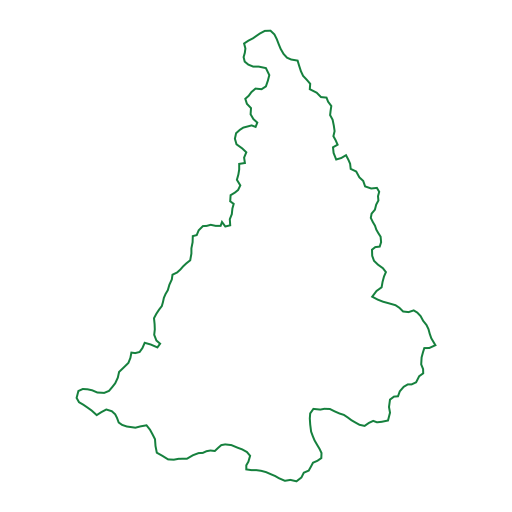 outline of Alpinópolis, Minas Gerais, Brazil
{"feature_id": "56859067B92353622671718", "entity_name": "Alpinópolis", "entity_type": "district", "adm_level": 2, "iso_a3": "BRA", "parent_name": "Brazil", "parent_adm1": "Minas Gerais", "projection": "albers", "projection_center": [-46.38, -20.827], "detail": "fine", "context": "isolated", "style": "outline", "palette": "green", "viewbox_px": 512, "rotation_deg": 0, "n_neighbors": 0, "source": "geoboundaries", "source_scale": "gbopen_adm2", "svg_char_len": 3663}
<svg xmlns="http://www.w3.org/2000/svg" viewBox="0 0 512 512"><path d="M297.6,60.6L291.1,59.5L287.0,57.7L283.6,54.0L280.6,48.8L278.6,43.9L276.8,39.2L274.4,34.4L270.5,30.7L264.8,30.9L259.9,33.5L256.4,35.9L253.0,38.3L248.5,40.6L244.1,43.5L245.4,48.5L244.8,52.9L243.6,57.1L244.7,61.6L248.3,64.6L253.2,66.6L258.7,66.6L265.9,68.1L269.3,75.1L267.9,80.6L265.9,86.4L261.6,89.2L255.5,88.6L251.4,92.1L248.7,95.8L245.3,98.8L246.9,103.8L251.0,108.1L250.6,114.3L253.4,119.1L257.3,122.6L255.6,126.9L251.6,125.4L247.5,126.5L243.3,127.6L239.9,129.8L236.1,133.2L234.9,138.7L236.5,144.3L242.2,148.4L246.3,152.3L244.1,157.6L244.9,163.0L239.2,163.9L239.2,169.5L238.4,174.4L236.9,179.8L240.3,185.4L238.1,190.0L234.9,192.6L230.6,195.2L230.2,201.3L233.7,203.9L232.4,208.5L231.8,214.2L229.8,219.2L230.2,225.3L225.3,226.5L222.0,222.0L220.6,225.9L215.8,225.9L210.7,224.8L206.7,225.9L202.9,226.1L198.7,230.3L196.7,235.1L192.8,236.1L192.6,242.3L191.4,248.3L191.4,253.6L190.2,260.3L186.3,263.4L183.1,266.4L180.4,269.5L177.1,272.5L172.5,274.7L171.8,279.5L169.4,284.7L167.8,290.2L165.6,293.9L163.9,297.8L162.9,302.3L161.8,306.1L159.1,309.6L156.4,313.7L154.0,318.2L154.6,324.2L154.8,329.5L154.2,334.8L156.4,340.5L160.1,343.7L157.4,347.4L150.7,344.5L144.7,342.8L142.4,348.1L139.6,352.0L135.2,353.1L131.4,352.6L130.4,357.9L128.4,362.9L123.5,367.7L119.1,371.9L117.8,377.7L115.2,383.3L112.3,387.0L109.0,390.9L104.2,392.9L97.3,392.5L92.2,390.3L87.6,389.3L82.8,389.0L78.4,391.0L76.6,397.9L79.0,402.2L83.3,404.7L87.4,407.5L91.6,410.5L96.7,415.1L101.4,412.1L106.3,409.5L111.8,411.2L115.2,414.3L117.0,417.9L118.7,422.5L122.1,424.9L126.8,426.5L131.1,427.1L135.4,427.7L140.4,426.4L146.5,425.3L150.0,429.7L152.6,434.5L155.0,439.2L155.5,446.0L156.8,452.7L162.5,455.9L168.1,459.4L173.8,459.7L178.6,458.8L187.0,458.7L193.0,455.2L198.6,453.1L202.8,452.9L206.5,451.2L210.5,450.5L214.8,451.0L218.3,447.7L221.3,445.1L225.2,444.4L231.4,445.1L237.6,447.7L242.2,449.4L246.9,452.0L250.1,455.8L248.4,461.7L246.3,465.3L246.3,469.4L251.2,470.1L256.1,470.1L261.1,470.8L266.0,472.1L271.5,474.5L275.1,476.0L278.9,478.2L284.9,480.8L290.4,479.9L296.5,481.3L301.4,477.5L303.8,472.7L308.7,470.6L310.9,466.7L313.0,462.7L317.4,460.8L321.3,458.1L321.5,453.0L319.5,448.8L317.4,445.3L314.6,440.5L312.8,436.2L311.1,431.6L310.2,424.5L309.8,418.4L310.2,413.4L313.4,408.9L320.3,409.6L324.4,408.8L329.9,409.0L334.5,411.3L339.5,413.5L343.9,414.9L347.8,417.5L351.4,420.2L355.2,422.4L359.5,424.8L364.6,425.9L368.9,422.9L373.2,420.9L377.0,422.3L381.7,421.8L388.0,420.5L390.0,412.7L389.0,407.0L390.0,399.6L394.0,396.6L398.0,396.3L399.8,391.3L403.7,386.8L407.8,384.4L411.6,384.4L416.1,382.3L419.2,376.2L423.2,373.3L423.1,369.1L421.2,364.4L421.6,357.4L423.0,352.2L424.3,348.1L429.3,348.0L435.4,345.2L431.3,338.3L429.7,333.7L428.5,329.2L426.5,325.0L423.2,320.9L420.6,316.1L417.3,312.6L413.7,310.4L408.6,312.1L403.1,311.5L399.4,307.8L395.5,305.2L388.5,303.2L383.0,301.7L377.7,299.6L372.2,296.7L376.5,291.0L381.6,287.3L382.6,281.7L384.0,276.5L385.9,272.1L382.9,268.2L377.9,264.6L374.0,260.8L372.2,255.8L372.0,249.7L375.3,247.1L379.7,246.6L381.1,242.2L380.6,236.7L378.3,233.1L376.3,229.6L375.0,225.7L372.8,222.0L370.8,217.9L371.6,213.6L374.9,209.7L376.2,204.6L378.4,200.5L378.0,196.2L379.2,191.8L376.9,187.9L371.2,188.5L365.1,186.4L363.2,180.9L359.4,177.4L356.2,171.5L350.7,168.9L350.1,163.7L348.3,159.6L346.0,155.2L341.3,158.0L336.2,159.5L333.6,153.0L333.0,147.3L337.6,144.7L335.6,140.2L333.4,136.2L334.6,131.1L333.8,125.6L332.6,119.7L330.1,115.1L330.6,110.8L331.3,106.0L328.1,101.7L326.5,97.6L321.0,97.1L316.7,92.7L309.8,89.2L310.2,83.8L306.7,79.7L303.1,75.9L300.9,71.2L299.0,65.3L297.6,60.6Z" fill="none" stroke="#15803d" stroke-width="2"/></svg>